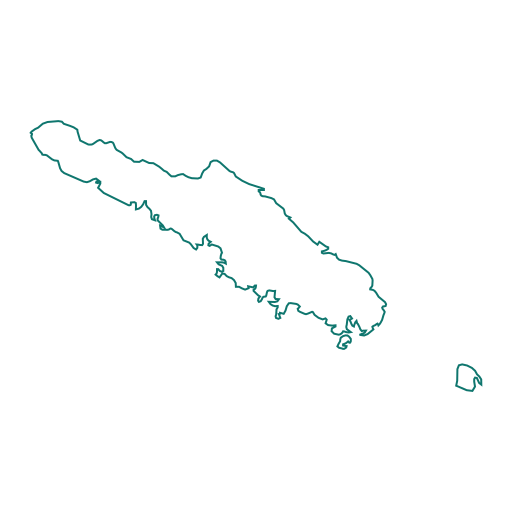 Sud, orthographic projection
{"feature_id": "NCL-1259", "entity_name": "Sud", "entity_type": "Province", "adm_level": 1, "iso_a3": "NCL", "parent_name": "New Caledonia", "parent_adm1": "", "projection": "orthographic", "projection_center": [166.304, -21.993], "detail": "fine", "context": "isolated", "style": "outline", "palette": "teal", "viewbox_px": 512, "rotation_deg": 0, "n_neighbors": 0, "source": "natural_earth", "source_scale": "10m", "svg_char_len": 5541}
<svg xmlns="http://www.w3.org/2000/svg" viewBox="0 0 512 512"><path d="M210.6,162.1L213.5,160.6L216.9,160.6L220.0,162.4L229.5,171.0L230.7,171.6L233.1,172.3L234.0,173.0L235.8,176.5L242.3,180.8L249.2,184.1L263.9,188.8L263.9,190.0L258.7,190.0L258.7,191.4L260.0,192.3L260.4,193.4L260.6,194.6L261.3,195.6L262.5,196.2L265.1,196.4L271.4,198.1L274.0,199.4L276.2,203.2L283.3,208.6L284.1,210.0L284.8,213.6L285.9,215.3L287.0,216.1L290.3,217.5L288.9,218.7L293.2,222.4L301.3,231.8L304.8,233.7L308.2,236.3L313.1,241.5L317.5,244.7L319.3,241.8L325.8,246.4L328.2,247.3L328.2,248.8L326.7,249.8L325.2,250.5L323.6,251.0L321.9,251.4L321.9,252.8L323.4,253.5L328.8,252.9L331.2,253.4L333.1,254.4L334.6,254.9L335.7,254.1L337.0,257.7L339.1,259.7L342.0,260.6L345.9,261.1L356.6,263.8L359.3,265.3L368.6,272.8L370.3,275.2L372.4,279.0L372.6,280.6L372.3,285.7L371.6,286.9L370.3,288.3L370.2,289.4L372.9,289.9L374.5,290.8L376.1,292.7L378.6,296.8L385.0,302.1L386.1,304.2L385.6,306.0L384.4,306.3L383.1,306.4L382.2,307.6L382.6,308.9L383.8,310.3L384.7,311.9L384.1,313.7L383.5,315.1L382.1,319.9L380.7,322.5L379.8,323.9L378.4,325.4L378.1,324.5L377.5,323.6L376.5,324.1L375.5,325.0L373.3,326.0L372.4,326.7L372.6,327.7L373.4,329.4L367.6,334.1L364.1,335.5L359.5,334.8L363.3,333.4L364.8,332.5L365.9,330.6L363.0,330.7L361.8,331.1L360.4,329.4L359.4,326.9L357.9,324.0L357.1,323.2L356.5,320.9L355.3,322.3L354.2,325.1L353.9,326.5L352.4,325.7L351.4,323.9L350.5,321.6L349.4,319.7L350.3,319.5L352.0,318.5L350.3,316.1L348.6,316.6L347.4,319.3L346.7,325.0L346.4,326.0L346.3,327.1L346.9,329.3L347.4,329.6L350.8,332.1L348.8,332.5L346.2,332.1L344.0,331.4L343.1,331.3L342.6,332.3L341.5,333.5L340.0,334.4L338.7,334.7L334.1,333.7L331.6,331.2L331.9,328.4L335.5,326.5L335.5,325.3L332.2,325.6L328.1,325.1L325.6,323.3L326.7,319.7L325.5,318.4L322.7,319.4L318.5,317.8L314.6,314.9L312.9,312.1L312.1,311.8L307.9,313.6L306.0,314.2L304.5,313.8L299.9,311.8L298.3,310.8L297.7,308.8L298.9,307.7L299.8,306.5L297.7,304.5L296.1,303.9L290.7,303.1L288.8,303.3L286.8,306.2L285.5,310.6L283.7,313.8L280.0,312.8L280.0,313.6L279.9,313.9L279.6,314.1L278.9,314.1L280.3,317.9L278.4,318.8L276.0,317.9L275.6,316.2L276.2,314.5L276.5,309.4L277.7,307.3L277.7,306.0L275.0,306.2L272.6,305.5L270.5,304.1L268.8,301.8L274.8,302.0L277.4,301.3L278.9,299.2L275.6,299.0L274.5,297.3L275.1,290.9L273.3,291.1L269.3,290.4L267.6,290.9L267.0,292.1L266.2,295.7L265.7,296.5L263.4,296.8L262.5,297.8L261.9,299.3L260.7,301.2L258.9,301.9L258.1,300.7L258.4,298.5L260.0,296.5L258.1,295.3L253.6,290.9L253.6,289.7L254.8,289.0L255.4,288.3L255.8,287.2L256.0,285.5L254.9,285.5L253.1,287.4L248.2,286.3L248.6,288.2L245.1,289.6L242.0,288.4L239.1,286.8L235.9,286.8L235.7,283.0L234.0,280.1L231.6,278.1L229.0,277.3L226.7,276.1L224.6,273.9L222.3,273.5L219.5,277.4L217.5,276.2L215.6,274.6L216.5,273.6L216.9,272.5L217.0,271.1L217.0,269.1L218.2,269.1L219.7,270.9L221.7,271.7L223.3,271.0L223.3,267.8L222.2,265.9L218.6,264.3L217.0,262.3L222.0,262.3L224.1,262.7L225.8,263.6L225.6,261.5L224.8,260.3L223.4,259.7L221.4,259.6L220.5,258.3L220.8,255.8L221.5,253.4L222.0,252.8L220.5,248.3L218.2,246.5L211.8,244.5L209.6,245.9L208.4,245.3L208.6,243.7L210.7,241.8L208.7,240.8L207.4,239.4L206.7,237.4L206.8,235.0L203.9,236.9L202.8,238.8L203.0,243.8L202.2,245.1L200.2,245.0L198.1,244.6L196.7,244.5L197.4,245.5L197.3,247.9L196.1,249.5L193.6,248.0L190.9,244.3L189.2,242.6L183.5,240.3L179.6,233.8L177.0,232.4L175.7,232.0L174.3,231.1L172.0,229.1L170.8,228.5L169.9,228.8L168.9,229.5L167.7,229.8L162.3,229.7L160.5,228.6L160.1,225.6L164.0,227.4L162.8,225.4L157.6,220.3L157.6,218.8L158.3,216.9L158.5,215.4L156.9,214.8L154.9,215.2L154.2,216.4L154.3,218.2L155.0,220.3L151.9,219.2L151.2,217.0L151.5,214.1L151.0,210.8L149.4,208.8L147.5,207.1L146.1,204.9L146.0,201.1L144.6,201.1L143.2,204.2L141.3,206.8L138.9,208.6L135.9,209.4L136.0,205.3L135.8,203.0L134.4,202.2L130.9,202.5L130.8,203.0L130.9,203.9L130.6,204.9L129.5,205.3L128.5,205.2L103.8,193.0L98.1,187.8L100.3,183.6L100.3,182.2L97.6,183.1L96.1,182.6L96.4,181.6L99.0,180.8L96.1,178.6L93.0,179.4L89.9,181.2L86.9,182.2L83.7,181.6L64.2,173.1L61.6,171.0L60.1,168.3L58.3,162.0L57.8,160.8L54.3,160.4L52.0,159.3L46.8,155.3L45.3,154.9L43.7,154.9L42.3,154.6L41.8,153.3L39.2,150.4L38.7,150.0L31.7,137.7L31.3,135.8L31.9,134.8L32.0,133.9L30.7,132.8L31.6,131.6L35.1,129.1L38.1,127.7L42.8,123.7L47.5,122.0L58.4,121.1L61.9,121.7L63.8,123.8L69.8,125.8L73.6,127.3L77.3,129.7L77.6,131.8L80.2,140.5L88.3,144.5L89.8,144.6L91.8,144.5L93.1,143.9L97.4,140.9L99.6,140.0L101.0,140.3L102.3,141.2L103.4,142.2L104.8,143.2L106.3,143.2L110.0,141.9L111.5,142.0L112.8,142.6L113.4,143.4L115.1,147.6L115.7,148.7L116.7,149.9L121.4,152.5L122.7,153.5L126.5,157.2L131.1,159.0L134.0,161.7L139.3,161.9L142.6,160.0L149.1,163.0L153.4,163.2L159.2,166.7L161.9,168.9L163.8,170.6L166.7,171.9L169.5,174.7L171.4,176.3L175.3,176.3L177.9,175.1L181.0,174.3L183.1,174.1L185.6,175.8L188.4,177.2L191.8,178.2L197.9,178.5L200.7,177.5L202.2,173.4L203.9,170.5L206.3,169.0L209.1,166.4L210.6,162.1ZM475.1,370.8L477.0,374.3L479.4,376.6L481.2,379.4L481.3,384.6L479.1,382.9L476.9,378.0L475.1,377.6L474.2,379.1L474.2,381.7L475.0,386.6L472.4,390.9L466.7,390.2L456.2,385.7L457.2,380.8L457.4,369.1L458.9,365.3L462.2,364.4L467.1,365.5L471.9,367.9L475.1,370.8ZM343.1,336.1L345.5,335.4L347.5,335.5L349.1,336.7L350.8,338.9L350.8,341.2L350.2,342.6L349.3,342.7L348.1,341.4L346.7,342.6L345.7,343.3L343.1,344.3L343.1,345.5L346.6,346.1L346.2,347.5L344.3,348.8L343.1,348.9L341.7,348.4L339.1,347.8L337.4,346.4L338.7,343.6L340.1,341.3L340.3,339.3L340.8,337.7L343.1,336.1Z" fill="none" stroke="#0f766e" stroke-width="2"/></svg>